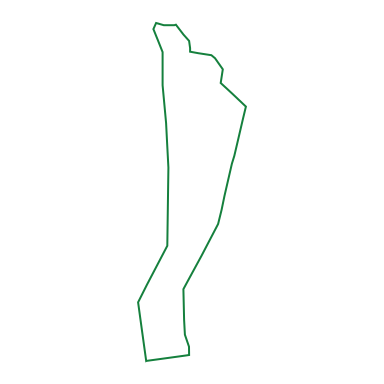 Hojambaz, Chardzhou, Turkmenistan (Mercator projection)
{"feature_id": "10190150B33787597924926", "entity_name": "Hojambaz", "entity_type": "district", "adm_level": 2, "iso_a3": "TKM", "parent_name": "Turkmenistan", "parent_adm1": "Chardzhou", "projection": "mercator", "projection_center": [64.12, 37.845], "detail": "fine", "context": "isolated", "style": "outline", "palette": "green", "viewbox_px": 384, "rotation_deg": 0, "n_neighbors": 0, "source": "geoboundaries", "source_scale": "gbopen_adm2", "svg_char_len": 751}
<svg xmlns="http://www.w3.org/2000/svg" viewBox="0 0 384 384"><path d="M156.1,23.0L153.4,29.1L157.5,39.3L157.6,39.5L162.6,52.1L162.6,52.4L162.6,85.3L165.3,114.5L166.1,123.2L166.9,139.0L168.4,167.6L167.3,245.8L146.9,284.8L138.1,302.3L140.8,322.0L143.4,340.8L146.2,361.0L146.4,360.9L166.2,358.2L185.8,355.5L189.1,355.0L189.0,346.7L185.0,335.0L184.9,334.7L184.1,319.8L183.4,289.2L183.8,288.4L189.8,277.3L201.5,255.8L218.1,224.0L221.6,209.8L224.5,195.8L231.9,163.7L234.3,155.9L238.1,139.7L242.9,119.1L245.9,106.6L232.2,93.6L220.7,83.0L221.7,76.5L222.8,69.3L215.0,58.2L211.4,55.2L198.3,53.2L190.1,51.7L190.1,51.4L190.1,48.1L189.1,40.9L183.4,34.5L175.9,24.7L174.3,25.2L165.5,25.2L163.8,25.2L156.1,23.0Z" fill="none" stroke="#15803d" stroke-width="2"/></svg>